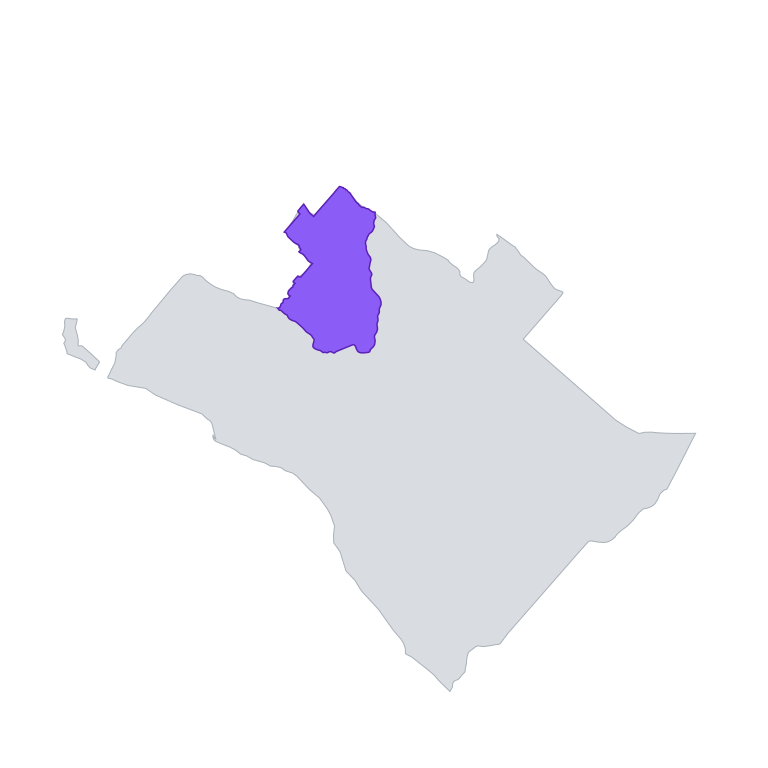 where Lunda Norte sits in Angola, rotated 311°
{"feature_id": "AGO-1874", "entity_name": "Lunda Norte", "entity_type": "Province", "adm_level": 1, "iso_a3": "AGO", "parent_name": "Angola", "parent_adm1": "", "projection": "equal_earth", "projection_center": [19.689, -8.666], "detail": "fine", "context": "in_parent", "style": "filled", "palette": "violet", "viewbox_px": 768, "rotation_deg": 311, "n_neighbors": 0, "source": "natural_earth", "source_scale": "10m", "svg_char_len": 8130}
<svg xmlns="http://www.w3.org/2000/svg" viewBox="0 0 768 768"><g transform="rotate(311 384 384)"><path d="M571.0,371.0L571.7,376.5L572.3,384.1L572.8,389.6L573.2,392.0L573.4,393.3L572.9,394.7L572.4,398.0L571.5,400.9L571.0,402.9L571.4,406.6L570.7,417.6L570.5,423.0L571.6,432.7L571.4,435.7L568.9,444.6L568.1,449.0L568.0,451.3L570.6,457.9L570.4,459.2L568.4,459.6L566.7,459.7L509.1,459.7L508.8,572.6L508.7,582.1L510.5,594.8L513.8,608.6L515.2,609.9L518.6,612.4L523.3,617.6L525.9,621.5L531.2,628.3L538.4,637.0L551.2,651.5L507.8,662.4L491.2,666.3L489.7,666.3L487.2,664.8L481.9,664.5L475.6,666.5L470.7,667.1L467.0,666.2L463.4,664.4L459.9,661.7L453.8,660.7L445.2,661.4L436.9,660.9L428.9,659.1L423.1,658.4L419.7,658.8L416.0,658.2L412.0,656.7L408.7,654.1L404.7,648.6L401.6,643.4L400.8,642.7L399.8,641.9L398.8,641.6L381.7,641.4L277.0,641.1L264.9,642.0L264.0,641.8L262.4,641.2L261.4,640.0L257.9,637.1L254.9,634.8L250.8,631.0L248.1,626.8L245.9,625.5L242.0,624.8L239.0,624.0L236.6,623.9L232.4,625.8L229.3,627.8L227.0,629.7L223.1,631.8L219.8,634.0L214.0,633.7L212.8,634.0L209.6,633.8L206.5,632.0L203.4,632.1L200.1,634.5L195.2,635.5L196.1,619.9L197.2,613.0L197.1,604.8L196.1,583.4L195.2,580.5L194.6,577.0L197.6,574.4L199.1,572.4L201.2,568.9L202.6,563.9L204.2,552.9L210.3,527.6L213.0,502.8L216.7,491.1L218.0,477.9L228.6,460.9L231.1,450.4L236.6,445.2L244.4,439.8L250.0,430.0L252.6,423.2L255.6,410.3L255.5,396.8L257.3,378.7L256.8,373.5L253.8,366.3L253.3,361.1L250.5,356.0L247.6,352.2L246.1,345.4L241.0,334.6L239.6,327.4L237.1,322.2L236.7,315.8L235.3,309.1L232.8,302.4L230.4,294.8L230.3,292.4L231.8,289.5L233.3,288.6L232.8,290.0L231.8,291.8L232.1,293.1L241.5,279.7L242.1,277.1L241.7,274.1L241.7,270.6L242.0,266.4L232.9,241.7L225.7,218.7L224.4,207.1L214.9,191.7L211.1,181.8L209.0,174.8L207.4,172.2L208.0,170.8L210.4,170.5L215.8,168.9L223.2,167.1L230.0,163.1L231.8,161.3L235.4,160.9L239.1,162.0L240.5,161.2L241.3,161.1L249.9,161.1L253.5,160.9L260.2,161.0L264.4,161.3L266.8,161.7L273.3,162.4L281.4,162.3L284.3,161.9L294.9,161.7L314.8,161.2L325.2,161.3L333.1,161.3L336.8,162.8L340.1,165.5L341.6,168.0L342.3,169.1L343.3,171.8L345.1,173.9L345.7,177.1L345.2,181.5L345.5,186.8L346.5,192.9L348.7,199.4L352.1,206.2L353.5,211.6L353.1,215.5L354.1,219.8L356.6,224.2L358.4,226.5L359.4,228.3L362.3,235.1L371.4,254.1L372.7,255.0L374.7,254.7L378.9,253.9L383.1,253.7L386.1,255.4L387.3,255.1L391.8,251.9L396.2,250.9L400.9,249.6L403.3,248.2L406.1,248.2L413.8,250.8L415.2,251.0L421.4,251.0L427.5,249.5L428.4,238.6L428.5,236.4L430.0,232.3L431.9,228.8L432.1,225.3L432.0,220.7L433.4,215.0L437.5,210.5L444.2,208.4L448.0,208.0L454.0,206.7L463.1,205.4L466.5,205.6L466.7,206.2L464.8,214.1L464.8,216.6L465.5,219.2L467.0,220.6L485.2,220.9L502.6,221.8L503.6,222.2L504.3,222.7L505.4,226.6L505.2,234.2L503.5,245.3L504.1,255.6L507.1,265.2L507.3,280.0L504.9,299.8L504.4,312.4L505.7,317.7L508.6,323.2L512.9,328.9L516.3,336.3L518.6,345.5L519.5,351.2L518.8,353.6L518.9,357.7L519.6,363.5L518.8,367.4L516.4,369.3L515.6,371.9L516.7,376.9L517.0,381.5L518.7,384.5L519.8,384.7L522.2,383.1L525.1,380.0L527.4,378.7L530.7,378.9L535.3,379.7L543.4,380.1L545.9,379.5L553.4,375.4L555.4,375.1L558.4,375.5L562.6,376.7L566.9,377.0L569.0,375.7L569.2,374.0L569.9,371.9L571.0,371.0ZM231.8,109.6L231.3,110.2L227.9,112.1L224.2,113.8L219.4,120.9L216.9,124.0L216.2,124.8L214.0,126.5L212.4,127.9L212.5,128.7L213.6,129.7L214.7,131.2L214.6,142.8L214.2,154.2L213.6,155.1L210.5,155.5L206.4,156.3L205.1,156.8L204.7,155.7L203.3,151.5L204.0,147.6L204.9,144.6L203.9,138.6L201.8,133.2L199.6,126.4L198.9,125.1L200.7,122.9L203.5,118.1L204.7,115.6L207.9,115.1L209.1,113.3L209.9,110.5L210.3,108.9L213.9,107.6L218.3,105.2L220.7,102.6L223.2,101.0L224.7,100.9L225.7,101.6L228.6,106.1L231.0,108.9L231.8,109.6Z" fill="#d9dde1" stroke="#a8b0b8" stroke-width="1"/><path d="M467.1,205.4L466.4,208.0L465.6,211.0L465.1,212.7L464.4,215.0L464.2,216.9L464.3,218.9L464.3,221.0L465.7,221.0L468.0,220.9L470.3,220.9L472.5,220.9L474.8,220.9L477.1,220.9L479.3,220.9L481.6,220.9L483.9,220.9L486.1,220.9L488.4,220.9L490.7,220.9L492.9,220.9L495.2,220.9L497.5,220.8L499.7,220.8L502.0,220.8L503.1,220.8L503.7,220.8L503.7,221.0L503.8,221.2L504.0,221.3L504.2,221.5L504.4,221.8L505.1,223.8L505.3,224.1L505.5,224.5L505.4,224.8L505.2,225.1L505.2,225.3L505.4,225.8L505.6,226.1L505.8,226.4L505.8,226.9L505.8,227.2L505.6,227.6L505.6,227.8L505.7,228.0L506.0,228.4L506.0,228.7L506.0,229.2L505.7,230.1L505.6,230.5L505.6,231.1L505.6,231.3L505.7,231.5L505.8,232.0L505.8,233.5L505.7,233.9L505.3,234.5L505.2,234.7L505.1,235.5L505.0,236.0L504.7,236.9L504.4,238.3L504.0,239.8L503.7,240.8L503.4,242.1L503.2,242.8L503.0,244.6L503.2,245.7L503.2,246.2L503.1,246.7L502.7,247.5L502.6,247.9L502.7,250.8L502.8,251.5L503.1,251.9L504.1,252.6L504.3,253.1L504.4,254.1L504.6,255.0L504.9,255.7L505.7,256.9L505.9,257.5L506.0,258.2L506.0,260.0L506.4,262.0L506.6,262.7L507.5,263.9L507.8,264.7L507.6,264.9L505.8,266.2L505.3,267.0L504.6,268.0L503.9,268.7L501.4,269.2L499.5,270.1L498.5,270.8L497.8,271.5L497.6,271.9L497.4,272.3L497.0,272.9L496.4,273.6L492.3,274.9L490.2,274.9L488.6,274.5L487.2,274.3L485.4,274.8L484.8,274.9L483.9,275.0L482.3,275.9L481.4,276.2L480.1,276.4L479.5,276.6L478.6,277.3L477.3,278.5L476.4,280.0L474.1,282.1L472.5,284.7L471.5,286.9L471.2,287.9L470.8,290.0L470.3,291.1L469.6,292.2L468.3,293.1L466.2,294.1L461.3,297.0L460.9,297.5L460.6,298.3L460.3,299.2L459.8,301.0L459.5,301.9L458.9,302.7L457.9,303.3L456.3,303.7L455.2,304.2L453.9,305.3L449.1,310.6L448.4,311.4L448.1,311.9L447.8,312.5L447.6,313.6L446.7,321.9L446.5,322.9L446.2,324.0L445.2,326.1L443.8,328.1L441.8,329.8L437.4,331.2L436.3,332.4L435.5,333.0L434.6,333.7L431.6,334.4L430.5,335.1L429.3,336.6L427.7,338.0L425.5,338.9L424.7,339.3L423.8,340.2L422.2,342.1L421.5,342.8L420.6,343.4L418.5,344.4L415.4,344.9L414.6,345.1L413.7,345.5L412.8,346.4L411.4,348.3L410.6,349.1L407.9,350.9L405.6,351.5L400.0,351.1L400.5,351.4L399.6,351.8L399.1,352.0L398.3,351.8L397.5,351.3L394.4,348.5L392.8,346.6L392.1,345.6L391.7,344.5L391.4,343.5L391.5,342.5L392.1,340.8L392.4,340.0L392.9,339.3L393.7,337.6L394.0,336.6L393.9,335.7L393.6,335.1L393.2,334.7L379.9,328.0L377.0,326.6L376.1,326.5L374.9,326.2L374.4,325.6L374.1,324.8L374.0,323.8L373.2,322.1L372.6,321.6L371.3,321.1L370.7,320.9L370.3,320.6L369.9,320.1L369.6,319.3L369.2,318.6L368.0,317.7L367.7,317.0L367.6,315.2L367.5,314.4L367.4,313.9L366.9,312.8L366.3,311.7L365.3,308.7L365.2,307.6L365.3,306.5L365.8,305.6L366.5,305.0L367.3,304.5L371.0,302.7L371.5,302.4L371.9,301.6L372.3,299.6L373.0,297.4L373.0,296.0L372.5,292.0L372.4,290.8L372.5,290.0L372.7,288.8L373.1,285.6L373.2,278.4L373.0,275.9L372.5,274.7L371.9,273.5L371.5,272.3L371.2,270.7L371.1,269.6L371.3,268.5L371.6,267.5L372.0,266.7L372.2,266.2L372.6,265.5L372.3,265.0L372.0,264.0L371.8,262.9L371.9,257.7L371.2,256.9L370.9,256.5L371.1,256.0L371.3,255.5L371.3,255.0L371.3,254.6L371.4,254.1L371.6,254.5L373.4,255.0L374.2,255.0L376.9,253.8L377.8,253.9L378.9,254.4L379.3,254.3L381.2,252.9L381.7,252.8L382.7,252.9L383.6,253.5L385.2,255.3L386.1,255.6L388.9,255.5L388.7,254.4L388.7,253.3L389.0,252.3L389.5,251.8L390.0,251.7L391.3,250.9L391.8,250.8L394.1,250.9L395.6,251.0L396.8,251.6L397.2,251.6L397.7,251.4L398.4,250.9L398.9,250.8L400.8,250.8L401.0,250.8L401.6,250.8L401.4,249.2L401.5,248.4L401.9,248.1L404.1,248.1L406.6,248.1L408.8,248.1L409.1,248.3L409.2,249.5L409.4,250.0L409.9,251.0L411.3,251.0L415.2,251.0L419.2,251.0L423.2,251.0L427.2,251.0L428.0,251.0L427.3,247.7L427.2,246.6L427.3,245.3L427.8,243.4L428.1,242.2L428.7,239.6L428.8,238.5L428.8,237.5L428.5,236.4L428.2,235.3L427.9,234.1L428.0,233.0L430.2,233.3L430.7,233.1L431.2,232.5L431.5,230.8L431.9,230.1L432.0,230.1L432.9,229.1L432.9,227.8L432.1,225.0L431.9,223.5L431.8,222.2L432.1,215.4L432.4,214.1L432.8,213.3L433.6,211.8L433.8,211.1L433.7,210.7L433.2,209.0L434.8,209.0L436.1,209.0L437.4,209.0L438.7,209.0L440.0,209.0L441.3,209.0L442.7,209.0L444.0,209.0L445.3,209.0L446.6,209.0L446.9,209.0L447.9,209.0L449.2,209.0L450.5,209.0L451.8,209.0L453.1,209.0L454.4,209.0L455.8,209.0L457.2,209.0L457.2,208.4L457.4,207.0L457.5,206.4L457.8,205.8L458.0,205.5L458.4,205.5L460.0,205.5L462.6,205.4L465.3,205.4L467.1,205.4Z" fill="#8b5cf6" stroke="#5b21b6" stroke-width="1.5"/></g></svg>